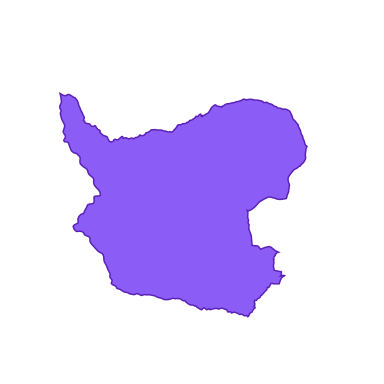 the district of Arboleda, Nariño, Colombia, rotated 71°
{"feature_id": "7082276B56257511215317", "entity_name": "Arboleda", "entity_type": "district", "adm_level": 2, "iso_a3": "COL", "parent_name": "Colombia", "parent_adm1": "Nariño", "projection": "mercator", "projection_center": [-77.132, 1.483], "detail": "fine", "context": "isolated", "style": "filled", "palette": "violet", "viewbox_px": 384, "rotation_deg": 71, "n_neighbors": 0, "source": "geoboundaries", "source_scale": "gbopen_adm2", "svg_char_len": 6067}
<svg xmlns="http://www.w3.org/2000/svg" viewBox="0 0 384 384"><g transform="rotate(71 192 192)"><path d="M328.1,179.9L328.0,179.2L325.9,177.2L325.1,175.4L325.1,174.4L323.3,172.6L322.5,171.3L322.0,170.0L321.4,169.9L321.0,170.4L320.3,170.6L319.7,170.2L319.6,169.6L319.4,169.4L318.3,169.2L317.6,168.8L317.1,169.1L314.9,168.3L314.9,167.6L315.4,167.0L315.4,166.3L314.4,164.9L313.9,162.1L312.5,160.8L312.3,159.7L309.5,154.9L308.9,153.2L306.8,152.0L306.7,151.5L307.3,150.9L307.2,150.4L306.1,149.3L305.5,148.3L304.1,147.0L305.7,144.0L307.2,139.5L304.1,137.1L302.5,135.4L301.8,134.2L301.4,132.1L301.2,131.7L300.4,133.3L300.2,135.6L299.8,134.9L299.1,134.4L296.5,133.5L293.5,138.7L292.4,140.0L290.7,139.3L288.7,139.3L285.4,137.5L283.4,137.2L282.5,136.4L281.8,136.8L281.5,136.7L279.8,135.1L278.9,133.8L277.8,133.3L277.7,132.4L276.9,131.3L277.0,129.8L275.5,131.5L274.3,132.5L269.9,135.3L268.6,136.9L268.2,141.4L268.5,145.8L264.8,147.1L264.4,147.5L262.1,152.6L253.1,150.3L251.7,150.2L245.2,150.3L241.3,148.6L240.3,148.9L239.3,149.0L237.4,147.8L234.1,147.6L229.2,145.7L227.3,145.8L227.8,145.3L228.3,144.2L228.3,143.5L228.0,142.6L227.9,141.3L226.5,137.3L225.3,135.0L224.4,133.7L223.2,131.1L222.0,125.3L221.7,121.7L221.9,120.5L222.3,119.6L224.1,116.9L224.7,115.6L226.2,114.3L226.6,113.1L227.4,112.0L227.9,110.4L228.9,105.1L227.9,104.1L225.9,103.0L225.2,102.3L223.0,100.4L221.5,100.0L220.7,99.3L218.9,98.6L217.5,97.6L213.2,97.5L210.6,96.9L209.2,95.9L207.2,93.3L204.4,89.0L203.9,87.3L203.7,85.2L202.8,82.9L202.6,81.1L201.5,79.6L200.7,77.5L199.9,76.3L197.9,74.1L196.4,73.3L194.8,73.1L192.7,72.3L189.2,70.6L188.0,70.0L186.3,68.4L185.0,69.2L183.6,69.6L180.1,69.3L177.4,69.6L175.5,69.3L172.4,69.8L168.9,69.5L165.8,69.9L163.9,70.0L163.3,69.7L157.8,71.7L155.8,72.9L152.8,72.6L147.6,73.2L145.3,75.0L144.0,76.8L143.5,78.0L143.6,78.7L141.9,80.7L140.5,83.6L140.1,83.9L139.0,84.3L137.7,86.2L135.3,87.8L134.5,88.8L133.7,90.2L131.8,91.8L131.2,93.1L131.1,94.3L130.7,95.2L129.3,95.7L128.0,97.5L126.3,100.4L125.5,102.8L123.9,105.3L122.9,108.2L122.6,110.3L121.1,112.8L121.0,113.3L121.5,115.8L121.5,118.3L121.1,120.7L121.2,122.9L120.8,125.1L120.6,127.9L120.1,130.0L120.0,131.9L120.5,133.2L120.9,135.6L121.2,135.7L121.5,136.3L120.7,137.1L118.9,140.3L118.4,140.9L117.4,141.2L117.1,142.3L118.5,146.0L122.4,150.6L122.9,152.7L122.9,153.9L123.6,155.2L123.6,155.7L123.1,156.6L123.1,157.1L123.9,157.6L124.1,158.0L123.9,158.3L122.7,158.5L121.5,158.3L121.1,158.6L121.2,159.6L122.5,162.2L122.5,162.6L121.9,163.2L121.8,163.8L123.0,165.3L123.6,168.1L123.9,169.0L124.0,169.5L123.6,170.5L123.6,170.9L124.9,173.0L124.5,174.1L125.2,175.6L124.4,178.6L124.8,180.5L124.2,182.3L124.1,183.4L124.3,184.0L126.1,186.0L127.4,188.6L128.5,190.2L128.8,191.8L127.7,193.3L127.7,194.8L127.5,195.2L126.0,196.8L125.5,198.2L123.2,201.2L123.1,202.1L122.4,203.4L122.4,204.2L121.9,205.3L121.2,206.0L120.1,209.8L120.1,210.8L120.8,212.0L121.2,213.7L121.1,216.3L122.2,217.7L122.7,218.8L122.7,220.0L122.5,220.9L121.9,222.1L121.1,222.6L121.2,223.2L121.9,224.0L122.5,225.3L122.1,227.6L122.7,229.7L121.7,230.9L121.1,232.0L121.3,233.3L121.2,234.4L120.3,235.6L119.2,236.7L119.0,237.3L118.9,239.6L118.5,239.7L117.2,239.5L116.9,239.7L116.8,240.4L117.0,241.1L118.5,244.8L118.3,245.8L117.0,247.8L117.2,249.0L118.1,249.5L118.4,250.0L118.4,251.9L117.7,253.2L117.1,253.6L114.7,254.2L112.5,254.2L111.4,255.0L109.6,257.6L107.5,258.6L106.1,259.7L105.6,259.7L105.0,259.1L104.2,259.0L103.4,259.3L102.2,260.7L101.1,260.9L100.3,261.5L98.4,261.6L97.9,261.9L97.7,262.3L97.8,264.0L97.2,265.5L96.9,265.8L94.7,266.5L94.1,267.0L92.2,270.4L91.0,270.6L90.2,270.4L89.1,271.4L88.7,271.3L87.3,269.8L86.1,269.5L83.4,270.0L81.2,270.0L78.8,270.5L74.9,270.6L73.6,270.9L70.8,270.6L68.1,270.7L64.6,272.0L64.0,273.1L62.7,273.9L59.8,276.4L59.4,277.6L59.8,280.0L59.3,281.2L58.5,282.4L55.9,284.7L59.2,285.0L63.9,286.0L65.1,286.6L67.4,288.8L68.2,289.2L70.4,289.7L71.8,289.2L72.6,289.2L74.2,290.6L75.3,291.0L80.5,291.5L87.3,290.6L89.1,291.4L92.8,294.1L94.0,294.3L97.2,293.5L98.5,293.7L99.5,294.3L101.2,296.3L102.1,296.5L103.0,296.2L103.9,293.9L104.6,293.2L105.7,292.9L112.1,292.8L113.9,292.6L116.2,291.2L118.0,288.7L121.6,286.8L123.4,286.6L126.7,288.1L128.9,288.4L129.6,288.2L132.8,286.5L134.2,285.3L136.0,284.1L137.9,283.7L139.6,283.9L141.8,283.7L146.7,280.8L148.1,280.8L151.1,282.0L153.4,282.1L154.8,281.8L160.1,279.5L161.6,279.1L163.9,279.3L165.0,279.6L165.3,280.0L165.3,280.5L165.4,281.6L164.4,284.7L164.6,285.9L165.4,286.6L169.1,287.5L170.2,288.4L170.7,289.7L170.6,291.0L170.0,292.9L170.1,294.3L170.4,295.1L172.1,296.6L175.1,299.9L176.3,300.8L176.9,301.5L177.0,304.4L178.3,306.9L180.4,308.7L183.2,309.4L184.0,309.9L184.3,310.5L184.8,314.0L185.4,315.1L185.8,315.5L186.4,315.6L188.3,315.6L189.4,315.4L191.1,314.5L191.6,314.1L192.0,313.3L192.5,310.8L193.7,308.8L195.1,307.8L197.0,307.6L198.1,307.1L200.3,304.4L201.1,303.8L202.1,303.6L203.1,303.7L205.3,304.5L207.3,304.4L216.6,300.5L218.3,299.5L220.5,297.3L221.6,296.7L222.8,296.5L224.2,296.5L228.2,297.5L229.8,297.6L233.5,296.9L238.2,296.7L242.1,296.1L243.1,296.2L244.9,297.1L246.1,297.3L249.5,296.2L252.2,298.1L253.7,297.3L256.4,294.6L258.4,294.4L258.8,294.2L260.7,291.6L264.2,289.0L266.4,285.4L268.3,283.8L268.5,283.0L269.7,281.3L270.2,279.9L270.3,279.2L270.1,277.2L271.2,275.7L273.2,273.7L273.5,272.9L273.4,270.7L274.5,268.3L275.1,266.2L276.4,263.7L278.1,261.0L280.2,258.9L281.5,257.1L282.1,255.9L284.7,253.3L285.4,251.5L286.0,249.4L286.2,247.4L286.2,244.6L286.4,244.1L287.4,242.9L287.6,241.6L288.6,238.8L289.5,237.6L291.3,236.4L292.4,234.9L292.3,234.1L294.0,233.6L297.4,231.3L297.8,230.8L297.9,230.4L298.4,230.1L299.0,228.1L300.5,226.8L300.8,225.5L302.7,224.7L306.0,222.0L306.5,221.0L305.4,219.2L305.6,218.5L306.3,217.5L308.1,216.5L308.1,215.0L307.8,214.0L308.8,213.6L309.2,213.0L309.5,208.7L310.1,206.6L311.4,204.9L311.4,201.5L313.2,199.5L314.2,198.0L315.0,197.4L316.8,197.3L317.2,197.0L317.5,195.3L317.8,194.5L319.0,194.2L319.3,194.0L319.3,191.4L319.5,190.9L321.4,188.4L322.9,187.3L323.3,186.8L323.7,184.9L324.9,183.6L326.1,182.8L326.4,181.0L327.0,180.4L328.1,179.9Z" fill="#8b5cf6" stroke="#5b21b6" stroke-width="1.5"/></g></svg>